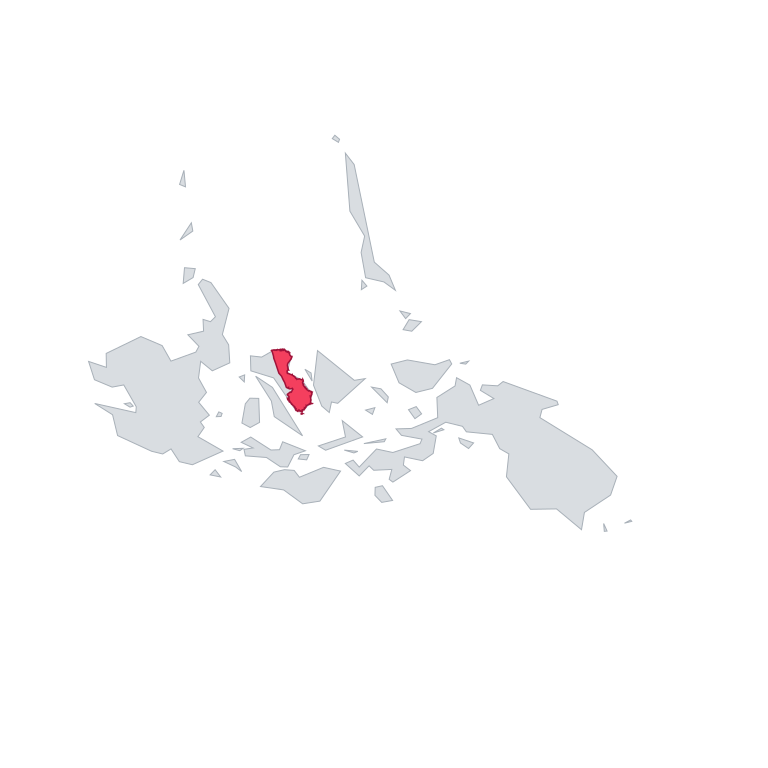 location of Negros Occidental, Negros Occidental, Philippines, rotated 122°
{"feature_id": "2640588B49335496833592", "entity_name": "Negros Occidental", "entity_type": "district", "adm_level": 2, "iso_a3": "PHL", "parent_name": "Philippines", "parent_adm1": "Negros Occidental", "projection": "mercator", "projection_center": [123.007, 10.244], "detail": "fine", "context": "in_parent", "style": "filled", "palette": "rose", "viewbox_px": 768, "rotation_deg": 122, "n_neighbors": 0, "source": "geoboundaries", "source_scale": "gbopen_adm2", "svg_char_len": 9206}
<svg xmlns="http://www.w3.org/2000/svg" viewBox="0 0 768 768"><g transform="rotate(122 384 384)"><path d="M358.1,133.0L386.7,146.0L402.9,139.3L398.5,171.5L412.6,193.3L397.8,231.0L377.1,241.1L377.5,251.6L369.3,265.4L380.9,288.8L378.3,295.0L383.7,311.4L400.8,320.9L400.3,312.2L416.8,305.5L428.6,310.6L435.0,328.0L442.5,324.6L443.4,315.6L462.5,324.5L462.1,329.1L452.3,332.1L462.6,347.0L461.3,353.3L475.1,356.3L471.9,374.7L464.9,369.9L467.6,361.0L443.1,355.9L437.4,340.2L415.5,321.8L410.6,322.6L418.3,342.0L415.7,350.0L407.1,337.1L384.1,320.6L367.4,332.0L348.0,322.7L340.2,325.8L339.4,310.6L351.9,292.5L338.1,283.1L338.3,298.9L332.6,300.1L325.3,286.6L318.8,284.3L306.9,228.2L309.2,225.3L321.8,236.5L329.9,234.0L329.5,172.6L338.8,137.4L358.1,133.0ZM526.2,485.0L554.0,503.7L558.3,516.4L551.9,530.2L560.6,534.6L564.2,545.5L568.9,582.6L553.9,597.9L553.8,619.0L539.8,579.3L534.6,582.0L522.7,604.2L530.7,612.9L533.8,631.8L521.4,646.5L517.0,628.2L505.3,635.8L472.6,615.3L469.0,592.5L477.5,576.8L456.7,560.5L450.1,560.9L446.2,576.4L434.8,565.0L425.1,571.7L423.1,564.2L416.3,562.6L398.1,594.2L391.3,593.4L389.7,584.5L402.0,555.5L427.7,547.3L433.1,536.5L447.8,526.0L463.8,536.6L461.9,551.5L477.2,544.5L485.2,530.1L497.7,531.5L503.0,515.6L513.5,519.6L516.1,513.4L527.3,513.9L526.2,485.0ZM443.4,503.9L430.9,512.2L426.0,502.0L414.3,495.7L408.0,482.4L410.8,477.0L425.6,472.1L424.1,455.8L430.5,440.8L441.0,436.6L450.8,439.4L453.0,444.9L437.3,480.8L443.4,503.9ZM517.3,376.3L528.7,389.5L527.0,413.0L536.4,434.4L517.1,430.7L509.4,423.0L504.9,414.4L507.9,406.3L486.7,391.1L480.9,374.7L517.3,376.3ZM389.4,402.8L424.9,413.0L427.1,419.0L437.2,415.3L435.7,425.1L422.3,443.2L390.9,458.1L396.6,411.1L389.4,402.8ZM255.5,504.5L208.7,539.1L213.7,525.6L285.8,456.8L289.0,437.4L298.5,424.0L297.5,438.2L303.6,455.9L284.6,473.1L268.8,478.8L255.5,504.5ZM331.1,337.2L362.0,340.6L374.3,352.5L375.0,371.9L363.3,388.5L351.2,376.9L340.7,351.0L328.7,341.4L331.1,337.2ZM491.7,422.9L505.4,421.7L509.1,428.0L508.6,444.7L518.4,463.5L513.6,468.1L507.6,461.1L509.1,474.2L499.6,468.9L499.9,444.9L495.1,437.8L486.7,439.3L482.3,415.3L491.7,422.9ZM445.4,497.0L446.0,476.8L471.1,425.6L469.8,459.8L458.1,470.5L445.4,497.0ZM492.4,483.8L474.3,491.1L467.1,490.2L462.6,482.6L482.5,469.2L491.8,474.4L492.4,483.8ZM440.2,374.1L471.1,398.4L471.3,406.8L449.3,388.6L437.2,400.0L440.2,374.1ZM483.2,332.7L476.3,336.7L471.1,331.4L478.2,315.0L485.6,323.2L483.2,332.7ZM405.1,607.6L391.1,614.8L386.2,605.2L394.9,602.3L405.1,607.6ZM311.3,385.3L324.5,388.4L327.8,396.6L316.1,396.8L311.3,385.3ZM389.4,336.3L397.0,339.4L392.8,349.6L386.1,344.7L389.4,336.3ZM355.6,627.2L370.0,633.3L349.4,632.8L355.6,627.2ZM534.6,478.8L527.1,470.8L533.7,458.3L533.0,465.9L534.6,478.8ZM398.2,371.4L393.2,392.9L389.7,384.0L392.7,373.5L398.2,371.4ZM322.0,656.8L323.1,663.1L308.8,666.9L322.0,656.8ZM393.9,278.1L393.5,287.9L390.1,292.0L386.5,276.8L393.9,278.1ZM419.6,446.5L413.4,458.9L413.3,451.7L419.6,446.5ZM317.1,400.3L313.6,409.2L310.3,398.9L317.1,400.3ZM493.0,417.0L488.2,417.3L483.5,410.2L489.3,409.4L493.0,417.0ZM415.9,377.7L415.9,385.8L408.9,379.2L415.9,377.7ZM553.2,483.3L546.2,481.8L549.4,473.2L553.2,483.3ZM432.8,353.2L445.2,369.5L429.5,353.4L432.8,353.2ZM316.0,453.2L307.7,457.7L310.0,450.4L316.0,453.2ZM456.3,503.6L454.8,510.5L450.1,507.0L456.3,503.6ZM458.4,373.0L461.1,382.7L455.0,370.5L458.4,373.0ZM203.3,557.9L199.1,557.5L200.0,551.4L203.2,550.7L203.3,557.9ZM500.6,508.9L495.2,509.3L494.7,505.7L497.9,505.0L500.6,508.9ZM538.3,593.7L534.4,589.4L535.6,585.0L538.2,587.1L538.3,593.7ZM323.8,325.2L326.2,330.7L319.7,324.3L323.8,325.2ZM517.0,471.0L519.1,478.1L513.2,469.4L517.0,471.0ZM392.2,119.1L385.9,123.8L390.5,116.9L392.2,119.1ZM399.4,316.2L391.0,311.9L391.1,309.0L399.4,316.2ZM369.2,101.1L374.6,106.3L368.6,102.8L369.2,101.1Z" fill="#d9dde1" stroke="#a8b0b8" stroke-width="1"/><path d="M444.0,460.5L444.3,460.1L444.5,460.0L444.4,459.7L444.5,459.6L444.9,458.4L445.2,458.2L445.2,457.8L445.7,457.7L446.3,457.3L446.3,457.1L446.7,457.2L447.2,456.7L447.4,456.8L447.4,456.6L447.8,456.1L447.8,455.9L448.0,455.8L448.2,456.0L448.4,455.8L448.4,455.4L448.8,455.1L449.0,455.1L448.9,454.9L448.7,454.8L448.9,454.6L448.7,454.5L448.9,454.2L449.3,454.2L449.2,453.4L449.4,453.3L449.5,452.5L449.9,452.1L449.8,451.9L450.1,451.5L449.9,451.3L450.1,451.1L450.1,450.6L450.4,449.5L450.4,449.3L450.5,449.3L450.5,448.6L450.7,448.2L450.7,447.8L451.3,447.5L451.3,447.3L451.2,447.4L451.0,447.1L451.4,446.9L451.6,446.5L451.5,445.8L451.8,445.9L451.9,446.1L452.1,446.0L452.2,445.8L452.0,445.6L452.7,445.2L452.6,444.6L453.0,444.4L452.7,443.6L452.4,443.6L452.2,443.7L452.3,443.6L452.5,443.5L452.7,443.2L452.9,443.1L452.9,442.5L452.7,442.5L452.3,442.7L452.0,442.9L451.6,442.7L451.7,442.2L451.4,442.1L451.4,441.7L451.2,441.8L451.3,441.4L451.2,441.2L451.4,441.0L451.2,440.9L451.2,440.7L451.1,440.3L450.9,440.0L450.4,439.9L450.8,439.8L450.7,439.7L450.9,439.8L450.9,439.5L450.6,439.2L450.2,439.3L450.2,439.0L450.0,438.9L449.8,439.1L449.5,439.2L449.3,439.4L449.4,439.5L449.2,439.6L449.1,439.4L449.0,439.2L448.5,438.8L448.1,438.8L447.6,438.5L447.6,438.3L447.2,438.4L446.8,438.2L446.3,438.6L446.3,438.1L445.5,437.9L444.9,438.0L444.5,438.3L443.9,438.1L443.6,438.3L443.7,437.9L443.4,438.4L443.1,438.2L443.4,438.3L443.5,438.2L443.1,438.0L443.1,437.9L443.1,438.0L442.7,437.8L442.4,437.7L441.6,437.2L441.4,436.9L441.2,437.0L441.1,436.8L440.3,436.8L440.7,436.6L440.6,436.4L439.8,436.6L439.0,436.4L438.8,436.3L438.9,436.2L438.4,436.3L438.2,436.6L437.9,436.7L437.5,437.2L437.2,437.3L437.2,437.2L437.2,437.4L437.1,437.2L436.9,437.2L436.6,437.5L436.3,437.4L436.1,437.5L435.8,438.0L435.5,438.1L435.2,438.5L434.5,438.9L434.5,439.1L433.9,439.7L433.7,439.8L433.6,439.6L433.4,439.9L433.3,439.6L433.0,439.5L432.9,439.4L432.6,439.3L432.3,439.4L432.2,439.7L431.7,439.8L431.0,439.7L430.4,440.0L430.5,440.1L430.3,440.3L429.3,440.5L429.6,440.9L429.5,441.5L429.1,441.7L429.2,442.1L428.9,441.7L428.9,441.8L429.2,443.2L429.2,443.9L429.7,444.0L429.9,444.4L429.6,445.4L429.7,445.9L429.6,446.3L429.7,446.9L429.5,447.1L429.0,447.1L429.2,447.8L429.1,448.0L428.8,448.0L429.2,448.0L429.2,448.6L429.2,448.8L429.1,448.6L428.6,448.4L428.5,448.7L428.9,448.8L428.9,449.0L428.6,449.0L428.9,449.1L428.8,449.3L428.5,449.3L428.6,449.5L428.3,449.8L428.1,450.7L428.3,450.7L428.0,451.5L427.7,451.6L427.8,451.8L427.7,451.9L427.1,452.0L427.3,452.3L426.6,452.8L426.7,453.1L426.5,453.4L426.2,453.5L426.0,453.8L425.5,454.0L425.0,454.1L424.8,453.9L424.6,454.0L424.3,453.9L423.2,455.1L423.1,455.3L423.3,455.2L423.5,455.3L424.0,456.1L424.3,457.2L424.4,458.3L425.3,459.5L425.6,459.6L425.8,460.7L425.9,460.8L425.9,460.7L426.0,460.7L425.8,461.0L426.0,461.7L425.7,461.8L425.6,462.8L425.3,463.1L425.2,463.6L425.0,463.8L425.3,464.6L425.0,465.0L425.2,465.8L425.1,466.3L424.9,466.5L425.1,466.5L424.9,466.6L425.0,466.8L424.9,467.0L425.1,467.2L425.0,467.3L425.6,468.9L425.6,469.3L425.8,471.1L425.8,471.5L426.1,471.6L426.0,471.8L425.7,471.8L425.3,472.5L424.4,472.9L424.3,473.1L423.6,473.1L423.6,472.9L423.0,472.8L422.8,472.5L422.7,472.9L422.4,472.9L422.4,473.2L422.3,473.3L422.0,473.3L421.7,473.8L421.6,473.7L421.4,473.8L421.2,474.1L420.5,474.7L420.5,474.9L420.1,475.1L419.6,475.7L418.1,476.4L416.5,476.5L415.0,476.2L414.4,476.3L412.2,476.0L411.9,476.0L411.6,476.3L411.0,476.2L410.0,476.4L410.0,477.1L409.9,477.2L409.6,477.1L409.8,477.6L409.4,479.2L409.0,479.6L408.7,479.7L408.6,480.0L408.4,480.1L408.5,480.3L408.1,480.8L408.0,481.1L407.3,481.5L407.1,481.9L407.5,481.9L407.5,482.4L407.9,482.5L408.1,482.7L407.9,483.0L408.2,483.1L407.9,483.1L408.1,483.4L407.9,483.4L407.6,483.7L407.9,484.2L408.0,484.9L408.2,485.0L407.9,485.5L408.1,485.6L407.8,485.6L407.9,486.1L407.6,486.1L407.6,486.4L407.3,486.8L407.3,487.0L407.9,487.5L408.5,487.0L408.8,487.1L408.8,487.5L408.3,488.0L408.0,488.1L408.3,488.8L408.8,488.7L409.3,488.3L409.5,488.4L409.6,488.8L409.8,488.5L410.2,488.7L410.3,489.4L410.2,489.7L410.0,489.9L409.7,489.9L409.7,490.3L410.6,490.1L410.3,490.7L411.1,491.9L411.1,492.5L411.5,492.6L411.8,492.8L412.1,492.8L412.1,493.0L412.6,493.3L412.5,493.7L412.8,493.9L412.8,494.3L413.1,494.3L413.3,494.5L413.2,494.9L413.3,495.3L413.6,495.4L413.6,495.6L413.9,496.0L414.1,496.1L414.9,497.1L415.3,497.2L415.5,496.7L415.4,496.4L418.9,492.5L420.5,491.2L423.6,487.2L430.5,478.9L431.7,475.0L433.9,471.7L435.4,469.0L438.4,465.3L438.6,464.9L438.5,463.6L437.6,463.5L437.4,463.2L437.8,463.0L438.1,462.9L438.0,462.6L438.3,462.4L438.2,462.2L438.2,461.6L437.3,460.3L436.2,459.4L436.7,458.5L438.8,458.4L439.0,458.4L439.5,458.3L440.0,458.3L440.1,458.5L440.2,458.4L440.5,458.6L440.7,459.0L440.6,459.3L444.0,460.5ZM448.3,456.7L447.1,458.0L447.3,458.4L448.1,457.4L448.3,457.4L448.4,457.2L448.4,456.8L448.3,456.7ZM452.1,437.5L452.1,437.8L452.2,438.0L452.5,438.1L452.3,438.2L452.4,438.3L452.6,438.1L453.2,438.1L453.1,437.8L452.8,437.5L452.5,437.8L452.5,438.1L452.1,437.5ZM450.8,438.8L450.4,438.8L450.5,439.2L450.9,439.0L450.8,438.8ZM407.2,480.2L407.2,480.4L407.0,480.6L407.2,480.2ZM411.7,493.0L411.8,493.1L411.9,492.9L411.7,492.8L411.7,493.0ZM409.5,489.0L409.3,489.2L409.3,489.4L409.5,489.3L409.5,489.0ZM446.5,438.1L446.3,438.1L446.4,438.3L446.5,438.1ZM448.6,438.2L448.5,438.3L448.8,438.3L448.6,438.2ZM438.7,434.6L438.8,434.8L439.0,434.8L439.0,434.7L438.7,434.6Z" fill="#f43f5e" stroke="#9f1239" stroke-width="1.5"/></g></svg>